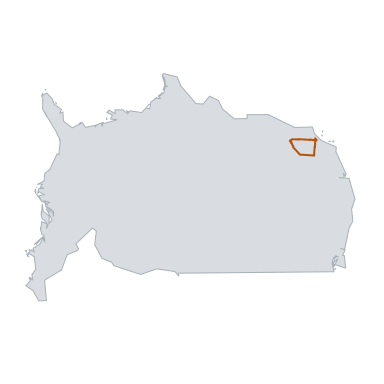 location of San Bernardino, California, United States of America, rotated 183°
{"feature_id": "52423323B23069932539838", "entity_name": "San Bernardino", "entity_type": "district", "adm_level": 2, "iso_a3": "USA", "parent_name": "United States of America", "parent_adm1": "California", "projection": "orthographic", "projection_center": [-115.127, 34.84], "detail": "fine", "context": "in_parent", "style": "outline", "palette": "amber", "viewbox_px": 384, "rotation_deg": 183, "n_neighbors": 0, "source": "geoboundaries", "source_scale": "gbopen_adm2", "svg_char_len": 5207}
<svg xmlns="http://www.w3.org/2000/svg" viewBox="0 0 384 384"><g transform="rotate(183 192 192)"><path d="M318.2,107.3L334.6,96.2L331.7,75.9L339.3,75.2L345.6,85.1L353.0,89.7L348.3,95.9L349.1,98.0L346.7,96.2L347.5,101.2L344.0,106.8L346.1,119.1L351.3,121.9L353.0,120.2L351.4,118.6L352.5,119.1L353.8,121.2L348.9,125.9L346.7,124.1L347.7,127.6L341.3,131.9L338.2,138.7L337.6,136.1L336.4,134.8L337.6,141.2L339.5,141.5L341.3,146.5L340.4,154.6L335.0,152.5L335.5,147.5L334.1,151.4L337.0,155.3L339.7,157.1L341.2,159.7L340.8,172.2L339.6,165.1L333.4,160.7L333.1,153.2L330.3,156.8L335.5,165.7L330.8,164.4L329.6,165.3L329.6,161.8L329.1,160.9L328.9,163.8L329.6,165.8L336.6,167.0L336.0,169.3L332.3,167.1L331.1,166.9L335.8,169.5L337.4,169.7L337.6,172.5L335.2,171.4L339.2,173.8L338.8,174.6L336.8,173.3L333.1,174.0L338.6,175.6L341.2,174.2L347.3,181.8L342.4,176.1L344.8,180.2L339.5,181.6L344.7,184.3L346.0,182.2L345.3,187.2L340.0,188.0L343.7,188.8L341.9,191.9L345.5,192.0L340.3,195.4L339.8,203.1L335.1,207.1L328.7,223.1L326.9,222.3L326.3,234.7L326.7,237.5L330.9,245.2L345.4,266.8L346.1,280.9L342.2,283.2L336.5,277.8L334.2,272.3L326.7,267.7L327.9,263.9L325.1,265.1L324.1,256.0L315.0,249.8L305.0,255.4L301.8,251.0L291.2,253.8L292.1,251.5L290.7,254.0L286.1,256.3L285.1,252.5L284.9,255.4L270.3,260.3L277.0,260.6L275.6,264.7L281.2,266.9L279.2,269.5L272.8,266.2L273.2,270.0L265.4,270.4L260.3,266.8L258.2,269.8L246.5,268.7L240.9,275.2L242.3,273.5L238.6,272.9L237.8,279.6L231.6,285.0L233.0,283.5L228.4,283.7L230.3,285.5L225.3,289.2L224.3,296.5L221.7,295.9L224.1,297.4L225.3,303.7L228.0,307.2L226.6,308.8L212.9,306.2L208.7,297.3L192.6,280.5L185.4,280.4L179.4,288.7L170.4,284.8L165.8,276.5L153.7,267.3L140.8,268.2L141.0,272.1L120.1,273.3L92.7,261.8L75.1,263.2L72.7,256.6L65.4,250.1L50.3,244.5L50.4,239.8L39.0,218.0L39.6,215.8L41.9,218.7L40.6,214.0L46.0,214.0L35.9,213.8L28.9,193.5L31.7,183.3L29.9,171.4L33.2,164.1L36.6,142.6L41.1,143.6L36.2,142.1L38.2,136.4L36.4,136.3L34.6,124.0L45.4,127.0L42.7,133.2L46.7,128.9L45.9,134.2L43.1,135.3L45.0,135.7L47.3,133.6L48.4,128.3L46.1,119.8L201.4,110.2L200.6,107.1L204.9,111.7L223.2,113.4L239.0,107.0L266.2,114.3L268.6,117.7L278.4,120.9L286.4,134.4L285.5,147.9L289.4,150.8L305.2,134.2L302.2,129.2L303.4,127.6L313.4,122.8L318.2,107.3ZM344.5,133.2L347.1,131.1L338.4,139.7L345.0,131.3L344.5,133.2ZM46.5,125.0L47.7,128.5L47.5,129.0L45.7,126.3L46.5,125.0ZM227.7,306.1L225.2,300.8L224.8,297.6L225.6,300.9L227.7,306.1ZM349.2,95.9L350.1,97.5L349.5,97.4L349.2,95.9ZM260.8,268.4L261.3,269.6L259.9,268.9L260.8,268.4ZM56.0,250.1L57.7,249.5L57.9,249.7L56.0,250.1ZM54.1,249.5L53.4,250.4L52.8,249.6L54.1,249.5ZM351.6,124.7L351.4,126.1L351.0,126.0L351.6,124.7ZM225.4,294.5L224.8,297.2L226.4,291.8L225.4,294.5ZM341.0,259.6L343.7,263.9L340.6,259.2L341.0,259.6ZM64.9,254.8L65.6,256.2L64.8,254.9L64.9,254.8ZM346.9,281.3L346.0,283.4L347.3,279.3L346.9,281.3ZM348.9,184.6L348.4,187.0L347.7,182.2L348.9,184.6ZM45.3,122.1L45.2,123.1L44.6,122.6L45.3,122.1ZM230.5,286.5L228.2,288.2L230.5,286.1L230.5,286.5ZM354.5,123.6L355.1,124.8L354.1,125.0L354.5,123.6ZM64.7,258.6L65.3,260.3L64.5,258.8L64.7,258.6ZM227.7,289.2L226.8,290.1L227.5,288.9L227.7,289.2ZM341.5,161.9L341.3,165.0L341.3,160.9L341.5,161.9ZM240.3,276.5L238.9,277.8L240.9,275.6L240.3,276.5ZM326.9,235.9L327.2,238.0L326.7,236.7L326.9,235.9ZM346.0,192.1L345.7,192.7L346.4,190.7L346.0,192.1ZM308.7,253.7L307.2,255.4L306.4,255.4L308.7,253.7ZM285.3,256.2L285.0,256.6L284.0,256.9L285.3,256.2ZM332.4,273.1L333.0,274.5L332.0,273.0L332.4,273.1ZM281.2,260.4L281.2,261.8L280.6,259.5L281.2,260.4ZM343.8,286.3L342.9,286.8L344.1,285.9L343.8,286.3ZM341.4,147.5L341.3,149.0L341.3,146.9L341.4,147.5ZM347.6,187.9L347.2,188.6L347.6,187.9Z" fill="#d9dde1" stroke="#a8b0b8" stroke-width="1"/><path d="M93.3,241.9L92.0,240.7L91.2,239.9L90.3,239.1L89.9,238.7L89.7,238.5L89.6,238.3L88.7,237.5L88.5,237.3L88.0,236.8L87.9,236.7L87.7,236.5L87.1,235.9L86.2,235.0L86.1,234.9L85.4,234.9L85.4,235.0L79.0,234.9L72.1,234.8L72.0,235.5L71.9,235.5L71.9,235.8L72.2,235.8L72.1,236.1L72.0,236.8L72.0,237.8L72.0,239.3L71.9,240.9L71.9,243.3L71.6,243.3L71.6,244.5L71.5,245.6L71.6,246.1L71.6,247.0L71.6,247.3L71.6,247.5L71.6,247.9L71.6,248.2L71.5,248.5L71.4,249.0L71.3,249.3L71.2,249.6L71.0,250.2L70.9,250.2L70.7,250.2L70.7,250.4L70.4,250.6L70.6,250.9L71.3,251.5L71.3,251.4L71.5,251.4L71.5,251.1L71.8,251.1L71.8,250.7L72.2,250.5L72.2,250.3L72.2,250.1L72.5,250.1L73.5,250.2L73.6,250.3L74.3,250.3L74.6,250.3L75.4,250.5L75.5,250.5L76.7,250.5L76.7,250.2L78.3,250.3L79.7,250.3L81.3,250.3L83.6,250.3L85.7,250.3L88.4,250.3L88.4,250.0L89.0,250.0L94.7,249.9L94.8,249.8L94.8,249.7L95.0,249.7L95.3,249.5L95.5,249.4L95.7,249.2L95.8,249.1L96.0,249.1L96.2,248.9L96.3,248.8L96.3,248.7L96.5,248.6L96.6,248.4L96.8,248.3L96.9,248.2L96.8,247.9L96.7,247.8L96.6,247.7L96.4,247.5L96.2,247.4L96.0,247.2L95.9,247.1L95.7,247.1L95.7,246.9L95.4,246.7L95.2,246.7L95.1,246.4L95.1,246.2L95.0,245.9L94.9,245.7L94.7,245.5L94.7,245.4L94.8,245.4L94.7,245.3L94.7,245.2L94.6,244.9L94.5,244.7L94.4,244.5L94.4,244.4L94.2,244.3L94.1,244.2L93.9,244.0L93.8,243.9L93.7,243.7L93.6,243.4L93.5,243.2L93.4,243.2L93.2,243.0L93.2,242.9L93.3,242.7L93.3,242.4L93.2,242.3L93.2,242.2L93.3,242.1L93.3,241.9Z" fill="none" stroke="#b45309" stroke-width="2"/></g></svg>